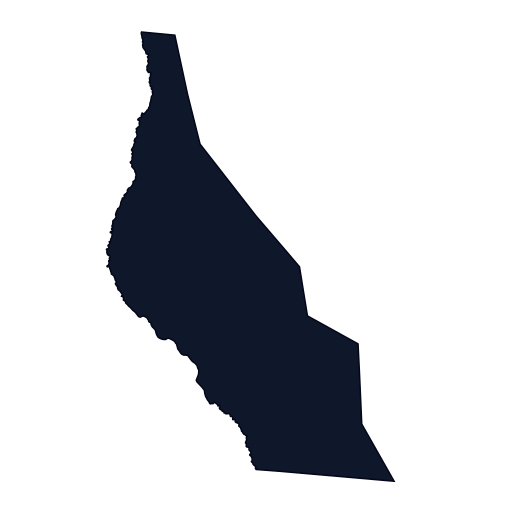 El Cuy, Río Negro, Argentina, rotated 273°
{"feature_id": "61730980B90515114322880", "entity_name": "El Cuy", "entity_type": "district", "adm_level": 2, "iso_a3": "ARG", "parent_name": "Argentina", "parent_adm1": "Río Negro", "projection": "albers", "projection_center": [-68.134, -39.816], "detail": "fine", "context": "isolated", "style": "filled", "palette": "ink", "viewbox_px": 512, "rotation_deg": 273, "n_neighbors": 0, "source": "geoboundaries", "source_scale": "gbopen_adm2", "svg_char_len": 6051}
<svg xmlns="http://www.w3.org/2000/svg" viewBox="0 0 512 512"><g transform="rotate(273 256 256)"><path d="M42.8,267.5L42.3,288.9L38.3,405.7L93.7,370.4L145.2,365.4L173.6,362.5L198.9,310.5L247.5,300.0L261.5,286.8L295.8,254.1L364.8,194.3L413.9,179.2L472.3,163.4L473.7,130.0L472.9,129.7L471.6,129.9L469.5,130.6L468.9,130.6L467.8,130.8L466.2,131.6L465.3,131.8L464.9,131.8L464.4,131.5L463.9,131.4L463.7,131.5L463.7,131.9L463.2,132.2L460.7,131.7L458.2,132.3L455.0,134.9L454.6,135.1L452.8,135.5L452.2,135.9L451.9,136.7L451.6,138.0L451.1,138.3L450.5,138.3L449.6,137.4L449.2,137.2L446.9,138.3L446.6,138.3L445.7,137.7L444.0,138.0L443.0,138.6L442.7,138.6L442.0,138.5L439.4,137.1L438.2,137.5L436.3,137.3L435.3,137.7L434.6,138.3L433.7,138.9L433.6,139.4L433.8,139.7L433.8,140.5L433.7,141.0L433.3,141.2L432.7,141.3L432.0,141.1L430.3,141.2L429.0,140.9L428.4,140.4L427.9,140.3L426.1,140.7L425.5,141.1L424.8,140.4L423.9,140.3L423.4,140.5L422.8,141.1L422.3,141.4L421.1,141.3L420.3,141.5L419.9,141.8L419.0,143.0L418.7,143.2L418.4,143.2L418.0,142.7L417.7,142.7L417.2,142.9L416.5,143.8L415.9,144.1L414.6,143.8L412.1,144.5L411.5,144.6L410.9,143.9L409.4,143.2L407.4,143.0L407.0,143.0L405.5,142.7L404.9,142.8L403.6,142.2L400.3,142.0L399.6,141.8L398.6,141.1L396.7,140.7L395.7,139.4L395.0,139.2L392.2,136.9L392.0,136.5L392.8,135.0L392.6,134.6L391.3,134.5L390.4,134.0L388.9,134.7L388.6,134.3L388.1,132.6L387.2,131.8L386.5,131.0L386.0,130.8L385.5,131.1L385.1,132.3L384.4,132.8L383.7,132.5L382.3,132.4L380.1,132.8L378.7,132.0L378.5,131.9L378.5,131.4L378.2,130.9L377.3,130.7L377.1,130.0L376.9,129.8L376.3,129.8L375.2,130.4L373.5,129.8L373.1,130.1L371.6,130.7L370.0,131.0L368.5,130.6L367.7,130.1L366.8,129.0L365.3,128.6L364.7,128.3L364.2,128.6L364.1,129.6L363.6,129.9L363.3,129.7L362.5,128.7L361.6,128.5L360.4,128.1L359.5,128.2L359.3,128.1L358.1,127.3L357.4,127.1L356.2,126.3L355.8,126.2L355.1,126.2L354.3,126.9L352.8,127.6L352.5,127.6L352.1,127.1L351.4,126.6L350.1,127.4L349.4,127.6L348.2,127.0L347.6,127.0L345.9,127.3L344.8,126.8L344.0,126.6L343.7,126.4L343.3,125.6L342.9,125.6L342.5,125.7L341.4,127.2L340.7,127.4L338.7,127.3L336.9,129.1L335.4,130.4L333.7,130.7L332.3,131.7L331.2,131.8L330.1,132.1L328.6,131.6L326.5,131.7L325.1,130.9L323.8,129.3L322.5,129.4L321.0,129.2L318.4,127.5L317.5,126.4L317.1,125.3L315.2,124.1L314.5,124.1L313.8,124.4L313.3,124.4L312.7,123.7L311.8,123.5L311.2,122.3L310.5,122.1L310.2,121.4L309.9,121.1L309.5,121.1L308.5,121.5L308.0,121.4L307.1,120.7L306.9,119.7L306.7,119.5L304.5,119.1L303.5,118.5L298.6,117.7L296.8,116.7L296.0,115.4L295.4,115.3L294.9,115.4L294.1,114.7L291.6,113.9L289.9,113.6L288.0,114.2L287.1,114.1L285.0,112.7L283.8,111.3L281.0,111.2L279.4,111.0L278.6,110.6L278.6,111.0L278.0,110.9L277.0,111.4L276.5,111.2L276.1,110.5L275.5,110.3L275.0,110.6L274.5,111.8L273.8,112.0L273.5,111.8L273.4,111.5L273.2,111.1L273.3,110.8L273.0,110.2L272.4,109.3L272.1,109.2L271.7,109.4L271.9,109.8L271.8,110.4L271.0,110.7L270.7,111.1L269.5,111.3L269.0,111.1L267.8,111.1L266.2,110.6L265.4,110.1L264.4,110.0L263.1,110.2L262.7,109.9L262.8,109.0L262.6,108.7L261.2,109.2L260.7,109.2L259.8,108.7L259.3,108.0L258.6,107.6L258.3,107.7L257.1,108.6L256.3,108.5L255.5,107.8L255.2,106.6L254.6,106.3L253.5,107.1L252.6,106.8L251.2,107.0L250.1,107.4L248.9,108.5L248.4,109.9L247.4,110.6L246.5,109.8L246.1,109.6L244.2,110.2L243.9,109.9L243.8,109.4L243.3,109.1L241.5,109.7L240.2,109.5L239.2,109.1L238.3,107.8L237.8,107.7L237.4,108.1L237.5,109.5L237.4,110.0L236.9,110.5L235.6,110.7L234.0,111.5L232.6,111.8L231.9,112.5L230.6,112.4L228.7,115.1L227.8,115.6L227.5,115.6L226.7,116.1L225.6,116.4L224.4,116.8L223.0,118.0L222.6,118.1L221.4,117.1L220.5,117.2L219.3,118.1L217.7,119.5L216.7,119.5L215.0,120.2L214.2,121.6L211.2,124.1L210.1,124.7L209.3,124.0L208.7,123.8L208.4,125.1L207.9,125.8L207.4,125.7L206.5,125.9L205.0,125.9L204.7,126.4L204.6,126.8L204.0,127.6L203.2,128.2L202.3,128.3L201.4,129.2L201.1,129.8L199.3,131.4L198.0,133.2L195.3,135.9L193.6,138.3L189.7,141.6L189.1,142.4L188.9,143.4L188.9,143.8L189.2,144.4L189.8,145.3L190.1,146.6L190.1,147.1L189.1,149.4L188.5,150.3L188.0,150.7L187.5,151.0L186.3,152.0L185.3,152.2L184.7,152.6L184.4,153.0L184.1,153.9L183.6,154.6L181.9,154.9L179.7,156.2L178.2,158.0L176.5,159.5L173.9,160.2L171.9,161.1L170.0,162.3L169.0,163.8L168.4,165.3L167.9,167.1L167.8,169.4L168.0,170.4L168.9,171.4L169.2,172.1L169.3,173.2L168.5,175.3L167.2,178.1L166.3,179.3L164.8,180.3L164.0,181.2L158.8,182.9L157.8,183.9L155.3,185.7L154.1,186.9L153.2,189.2L153.4,190.9L153.1,192.9L152.9,193.2L148.1,197.2L146.8,198.8L145.7,200.7L143.6,202.8L141.0,203.7L139.6,204.5L138.4,204.8L137.2,204.9L134.5,204.7L129.1,202.9L128.4,202.9L126.8,204.0L122.3,208.8L119.8,211.0L119.0,211.5L116.3,212.0L113.2,213.0L109.9,215.0L108.2,216.5L106.4,217.5L106.0,217.9L106.0,218.7L106.5,219.6L106.2,220.5L106.3,220.9L107.1,221.1L107.5,221.8L107.1,223.2L105.7,225.2L105.2,225.6L104.5,225.7L104.2,226.1L104.7,226.9L104.8,227.4L103.6,228.0L103.1,227.8L102.9,227.5L102.5,227.7L102.0,227.5L101.5,227.6L100.8,228.5L100.4,229.8L99.5,230.2L99.4,230.4L99.1,231.0L99.1,231.5L99.0,231.9L97.7,232.3L97.7,232.9L97.1,233.5L96.8,234.6L96.9,235.4L97.2,237.2L97.0,237.7L96.2,238.5L95.0,238.6L94.5,239.0L94.4,239.4L94.5,239.6L94.4,240.1L94.1,240.8L93.7,241.2L93.2,241.4L92.3,241.2L91.5,241.3L91.3,241.7L91.7,242.7L91.6,243.3L91.1,243.7L89.6,243.9L88.9,244.4L88.5,245.2L88.7,246.1L88.7,246.3L88.0,246.6L87.6,247.4L87.1,247.9L86.0,247.7L85.7,247.9L85.0,247.9L84.6,248.7L83.4,249.7L82.8,249.8L81.9,250.4L80.4,250.7L79.6,251.7L78.7,252.1L77.7,252.9L77.3,253.4L77.0,254.5L76.2,255.1L76.1,256.1L75.6,256.3L75.3,256.3L73.9,255.8L72.2,256.3L69.1,255.3L68.6,255.4L68.3,256.1L67.2,256.2L67.0,256.4L65.6,256.1L65.1,256.4L64.8,256.9L64.7,257.8L63.9,259.1L63.5,259.2L62.3,259.1L61.9,259.2L60.4,260.7L59.6,261.3L58.8,261.3L58.1,261.0L57.7,260.3L57.2,260.1L56.6,260.3L56.0,261.3L55.2,261.9L54.0,262.6L52.2,262.8L51.0,262.7L50.7,262.2L50.3,262.2L48.8,263.8L47.6,264.1L47.1,264.7L46.6,265.7L45.4,266.6L45.0,266.7L44.2,266.5L43.6,266.6L43.1,267.1L43.4,267.4L42.8,267.5Z" fill="#0f172a" stroke="#020617" stroke-width="1.5"/></g></svg>